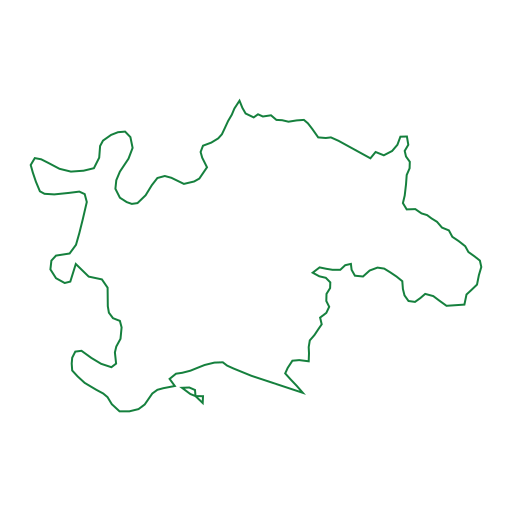 outline of Campos Borges, Rio Grande do Sul, Brazil
{"feature_id": "56859067B64175981570614", "entity_name": "Campos Borges", "entity_type": "district", "adm_level": 2, "iso_a3": "BRA", "parent_name": "Brazil", "parent_adm1": "Rio Grande do Sul", "projection": "mercator", "projection_center": [-53.06, -28.908], "detail": "fine", "context": "isolated", "style": "outline", "palette": "green", "viewbox_px": 512, "rotation_deg": 0, "n_neighbors": 0, "source": "geoboundaries", "source_scale": "gbopen_adm2", "svg_char_len": 2742}
<svg xmlns="http://www.w3.org/2000/svg" viewBox="0 0 512 512"><path d="M239.5,100.7L234.4,108.5L231.8,114.7L228.1,121.0L224.4,129.0L221.9,134.3L218.2,138.4L211.3,142.6L203.0,145.7L200.6,152.0L202.2,157.7L207.0,167.3L199.3,178.6L194.1,181.5L183.9,183.9L171.4,177.8L164.8,176.0L157.4,178.0L151.8,185.2L145.6,195.3L137.5,203.1L131.8,203.9L126.7,202.1L119.9,197.7L115.4,188.8L116.3,180.2L119.9,171.6L128.5,158.7L132.6,147.9L130.4,137.1L125.1,131.6L118.0,132.2L111.1,134.9L103.0,140.6L100.1,146.0L99.2,157.7L93.9,168.2L83.6,170.7L70.9,171.6L59.5,168.8L48.5,163.0L41.2,159.3L34.8,158.1L30.7,165.0L32.8,172.5L35.9,181.7L39.9,191.3L44.5,193.8L54.3,194.4L69.0,192.9L79.3,191.6L84.7,194.1L86.8,202.0L82.7,219.6L79.3,233.2L76.0,244.8L69.6,253.5L56.0,255.6L51.4,260.6L50.4,269.4L56.0,278.2L64.7,283.0L70.3,281.6L75.8,264.0L88.7,276.6L101.9,279.4L107.6,287.7L107.8,306.2L108.9,312.7L113.0,318.2L119.9,320.9L121.6,327.4L120.5,338.8L116.3,346.5L114.9,352.4L116.1,363.6L111.4,367.2L101.1,363.8L91.3,357.9L81.5,350.8L75.3,351.6L72.2,357.7L71.7,363.6L72.2,370.5L77.6,376.4L84.7,382.9L96.3,389.8L103.2,393.5L107.5,397.1L111.8,404.2L119.5,411.3L129.5,411.3L138.5,409.1L144.7,404.5L152.3,393.5L157.4,389.8L163.3,388.2L174.8,386.0L169.6,378.9L176.0,373.7L182.2,372.8L190.4,370.7L196.8,368.1L204.6,365.0L214.4,362.6L222.8,362.3L227.1,365.6L233.5,368.5L251.4,375.8L302.8,392.8L296.6,385.7L290.5,379.3L285.2,373.4L287.7,367.9L292.4,360.7L299.3,360.1L308.7,361.3L309.0,353.4L308.7,347.1L309.8,340.4L314.4,335.1L318.2,329.4L321.7,324.3L320.1,317.6L326.3,312.9L329.2,306.8L326.3,301.0L326.5,293.9L330.1,288.1L330.3,282.4L325.8,277.8L319.3,276.3L312.7,272.7L319.6,267.4L326.3,268.8L332.5,269.8L340.3,269.8L345.2,265.2L350.9,263.9L351.6,269.8L354.9,275.7L363.0,276.5L369.7,270.5L377.5,267.6L384.2,268.6L390.2,272.3L396.6,276.6L402.3,281.2L402.9,289.0L404.5,295.4L408.5,301.0L415.0,301.9L420.3,298.1L425.2,293.9L433.3,296.1L439.0,300.4L446.5,305.8L464.4,304.6L466.5,294.5L471.9,289.5L477.0,284.6L478.9,275.1L481.3,267.0L479.9,260.6L474.3,256.2L468.4,252.0L465.2,246.2L458.7,241.1L452.3,236.8L448.9,230.4L442.0,227.6L437.0,221.8L431.5,218.4L427.1,215.1L421.5,213.4L415.3,209.1L406.7,209.4L402.9,203.1L404.7,195.6L406.0,184.5L406.7,175.0L409.6,168.3L409.8,161.8L406.0,156.5L404.7,150.9L408.3,144.8L406.9,136.5L400.4,136.7L397.4,144.8L392.1,151.0L383.8,155.3L375.6,152.0L370.4,158.3L338.5,140.8L330.9,137.4L325.8,138.0L318.2,137.4L312.3,129.0L307.9,123.3L303.9,119.9L296.7,120.4L288.5,121.7L282.1,120.2L276.4,119.9L271.0,115.3L262.9,116.5L258.0,114.3L253.7,117.4L245.6,113.5L242.4,107.9L239.5,100.7ZM195.5,396.1L195.0,390.0L189.3,387.5L182.0,387.8L190.3,394.0L195.5,396.1ZM195.5,396.1L202.7,403.0L203.0,396.2L195.5,396.1Z" fill="none" stroke="#15803d" stroke-width="2"/></svg>